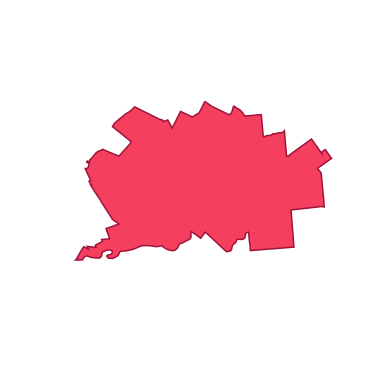 outline of Izvoarele, Giurgiu, Romania, rotated 236°
{"feature_id": "2599482B10041458655839", "entity_name": "Izvoarele", "entity_type": "district", "adm_level": 2, "iso_a3": "ROU", "parent_name": "Romania", "parent_adm1": "Giurgiu", "projection": "orthographic", "projection_center": [25.808, 44.04], "detail": "fine", "context": "isolated", "style": "filled", "palette": "rose", "viewbox_px": 384, "rotation_deg": 236, "n_neighbors": 0, "source": "geoboundaries", "source_scale": "gbopen_adm2", "svg_char_len": 5880}
<svg xmlns="http://www.w3.org/2000/svg" viewBox="0 0 384 384"><g transform="rotate(236 192 192)"><path d="M152.7,326.2L152.5,322.0L151.1,321.1L169.1,320.7L169.0,316.8L168.2,293.6L167.5,293.2L169.0,290.5L191.2,302.9L190.7,300.8L191.5,298.7L192.6,297.1L193.2,294.6L195.1,291.4L195.0,288.9L197.1,285.2L197.3,282.7L197.9,282.5L198.2,282.4L198.3,282.2L217.4,292.7L219.1,289.8L220.1,287.9L222.4,283.7L225.4,278.4L228.0,278.2L229.5,278.3L230.2,278.1L231.2,278.0L233.4,277.6L234.0,277.4L236.1,276.1L239.2,275.1L239.5,274.9L239.8,274.6L239.9,274.4L238.6,272.9L235.3,268.8L235.4,265.8L235.7,265.7L237.7,264.6L248.7,258.2L252.3,256.2L258.5,253.8L259.8,253.2L257.5,249.2L254.5,243.7L254.0,242.8L253.7,242.1L253.7,241.7L253.8,241.0L254.0,234.1L254.4,233.9L257.9,232.0L260.3,230.5L262.3,229.3L265.2,227.6L263.7,224.8L263.0,223.8L262.6,222.9L261.3,220.7L257.3,213.4L256.6,212.0L256.1,211.3L259.9,211.7L260.8,211.8L263.2,212.0L264.6,212.1L265.3,212.2L266.2,208.7L266.4,208.1L266.5,207.9L267.2,207.5L267.5,207.4L267.8,207.8L268.3,207.5L269.5,206.9L269.7,206.3L269.9,206.0L272.8,204.5L274.9,203.2L279.0,201.0L284.5,197.8L293.5,192.7L294.7,192.0L293.8,187.5L293.7,187.1L293.6,186.1L293.8,179.8L293.4,176.4L293.2,173.6L292.5,167.3L292.4,166.3L292.2,166.3L291.9,165.4L290.8,162.6L290.6,162.6L277.9,166.6L276.9,166.8L275.6,167.2L272.9,168.1L267.4,169.7L266.0,165.3L265.2,162.0L264.9,160.7L262.6,151.3L265.3,149.8L267.9,147.9L270.5,146.2L274.0,144.0L276.7,142.2L277.0,142.0L277.1,141.8L277.4,141.7L277.4,141.0L277.8,138.4L278.2,136.4L278.1,134.4L277.9,133.6L277.7,133.5L277.7,133.3L277.6,133.2L277.7,132.8L277.4,131.7L276.0,127.4L275.9,127.2L275.8,126.9L275.9,126.5L276.0,126.2L275.9,125.9L275.7,125.3L275.6,125.0L275.5,124.9L275.1,124.9L274.9,124.7L274.7,124.5L274.6,124.1L274.4,123.7L274.8,123.4L276.2,122.6L275.7,121.3L274.5,121.9L273.5,122.7L273.3,122.6L272.0,121.6L271.2,120.7L270.8,120.0L270.5,119.2L270.2,118.3L270.2,118.0L270.9,117.0L271.2,116.6L270.7,116.4L267.7,116.0L265.4,115.6L262.0,115.1L260.2,114.8L258.5,114.6L258.6,112.7L257.2,112.5L256.9,112.5L256.4,112.6L255.7,112.6L254.1,112.7L254.2,112.3L254.9,112.2L254.9,111.9L249.8,111.6L243.7,111.5L243.6,111.8L243.1,111.7L242.9,111.7L242.6,111.5L241.5,111.5L237.0,111.5L234.9,111.3L231.6,111.2L213.7,110.8L211.9,111.4L208.4,112.8L207.2,113.2L206.8,113.4L206.6,113.4L206.4,113.4L206.4,113.1L207.5,109.2L207.8,107.7L208.5,105.2L208.9,103.4L209.8,100.4L209.3,100.2L208.0,99.9L207.5,99.6L206.4,99.4L205.1,99.1L204.7,99.0L201.1,98.0L199.5,97.7L199.4,97.6L199.3,97.3L199.5,96.9L200.1,96.1L202.0,92.6L203.0,91.0L203.2,90.4L201.1,89.9L201.9,82.5L201.9,82.1L201.6,82.0L199.8,81.6L199.9,81.3L200.7,80.4L202.2,78.7L202.7,77.9L203.2,77.4L205.5,74.7L205.2,74.7L203.6,74.3L202.7,74.1L203.6,73.7L207.2,71.6L204.7,66.0L202.9,62.4L202.7,61.9L202.0,60.5L202.0,60.4L201.9,60.3L201.6,60.4L201.3,60.3L201.5,59.8L201.5,59.4L200.7,57.9L200.7,57.5L200.1,58.3L198.7,60.5L197.3,62.7L196.8,63.4L197.1,63.7L197.5,64.3L197.9,65.2L198.4,66.4L198.4,67.2L198.3,68.0L197.6,69.3L195.1,71.1L193.9,72.2L192.6,73.6L190.0,76.8L189.5,77.5L189.2,78.0L188.9,79.1L189.1,80.2L189.9,81.6L191.3,83.0L192.3,84.4L192.3,84.5L192.1,85.1L191.8,86.4L191.7,87.4L191.5,88.4L190.9,89.9L190.0,91.3L189.5,91.8L189.1,92.2L188.5,92.5L187.8,92.7L187.2,92.5L186.4,92.0L185.8,91.2L185.6,90.9L185.6,90.6L186.0,88.9L186.6,87.5L186.8,86.6L186.9,86.1L186.8,85.8L186.6,85.6L185.9,85.4L185.1,85.3L184.4,85.5L183.7,85.9L181.6,88.6L181.4,89.0L181.2,89.3L180.8,92.1L180.7,93.5L180.7,95.0L180.8,95.5L181.9,97.4L182.5,98.3L182.8,98.9L182.6,99.6L182.2,100.6L180.1,104.3L179.8,105.0L177.5,110.8L176.6,115.0L175.9,119.1L175.2,120.9L173.6,123.3L172.6,125.0L170.5,127.6L170.1,128.1L169.6,128.6L167.4,131.0L166.6,132.0L166.3,132.4L165.9,133.2L165.6,133.9L165.5,134.4L165.0,135.5L164.5,136.3L163.7,137.0L162.4,137.5L160.3,138.3L159.2,138.8L158.0,139.5L156.5,140.7L155.5,141.7L153.9,143.6L153.3,144.9L153.4,147.2L153.5,148.2L154.0,149.2L154.5,150.2L155.4,151.6L155.7,152.1L155.8,152.7L155.9,153.0L155.8,153.3L155.5,154.4L155.1,155.7L154.9,156.6L154.9,158.1L154.9,158.8L154.8,159.7L154.4,161.6L154.2,163.0L154.2,164.0L154.4,164.8L155.0,165.7L155.8,166.4L156.7,167.0L158.9,168.3L159.7,169.0L159.2,169.2L158.8,169.6L158.3,169.8L156.2,170.6L154.6,171.4L153.1,171.8L151.4,172.4L150.8,172.7L149.7,173.0L149.0,173.2L148.8,173.3L148.7,173.5L148.8,173.6L149.9,176.5L151.3,180.6L144.7,182.2L142.7,182.7L139.8,183.3L137.6,183.9L136.6,184.0L135.6,184.4L134.9,184.4L133.0,184.9L132.0,185.1L128.3,186.0L125.9,186.5L125.0,186.8L123.2,187.2L123.1,187.3L122.8,188.2L122.6,188.6L121.8,190.5L121.7,190.6L121.7,191.0L121.8,191.8L122.2,192.6L122.5,193.0L124.3,194.7L124.7,195.2L125.0,195.7L125.2,196.2L125.5,197.1L125.6,197.9L125.5,198.6L125.6,199.2L125.7,199.9L126.0,200.6L127.1,202.1L127.4,202.7L127.3,203.2L127.1,203.6L126.7,204.3L126.1,205.0L124.9,206.6L124.4,207.6L124.3,208.6L124.3,209.0L124.5,210.0L124.9,210.8L125.2,211.2L126.0,212.0L127.2,212.9L127.6,213.2L127.7,213.4L127.8,213.7L127.7,214.2L127.2,216.3L126.4,216.1L124.0,214.8L122.5,213.9L121.3,213.3L118.6,211.8L115.6,210.4L111.0,207.8L110.9,207.7L110.8,207.8L110.6,207.9L104.2,219.3L104.0,219.9L103.6,220.5L102.3,222.7L100.4,226.3L100.0,226.7L99.8,227.0L96.3,233.3L95.8,234.0L95.5,234.7L89.3,245.7L89.9,246.0L93.0,247.8L93.5,248.1L93.9,248.3L94.9,248.9L102.3,253.1L103.7,253.9L104.8,254.4L111.9,258.5L113.3,259.3L116.5,261.1L117.7,261.8L119.2,262.7L121.1,263.8L121.7,264.2L121.4,264.8L119.8,267.8L119.0,269.1L118.8,269.7L116.7,273.7L116.1,274.9L113.4,279.9L111.9,283.0L110.9,284.6L109.9,286.6L110.0,286.7L108.5,289.2L108.4,289.6L108.2,290.4L108.1,290.6L107.4,291.2L105.7,293.3L113.8,298.0L114.4,298.2L114.8,298.2L115.0,298.2L115.2,298.5L116.4,299.3L118.6,300.5L120.3,301.4L127.8,305.5L130.9,307.2L133.1,308.4L135.6,309.7L137.5,309.6L138.9,309.5L140.7,309.4L141.5,309.3L141.6,318.7L141.8,324.2L141.8,326.5L152.7,326.2Z" fill="#f43f5e" stroke="#9f1239" stroke-width="1.5"/></g></svg>